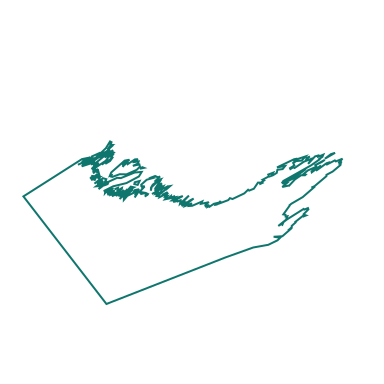 SVG path tracing the border of Qaasuitsup Kommunia, rotated 148°
{"feature_id": "GRL-2743", "entity_name": "Qaasuitsup Kommunia", "entity_type": "state/province", "adm_level": 1, "iso_a3": "GRL", "parent_name": "Greenland", "parent_adm1": "", "projection": "natural_earth1", "projection_center": [-56.716, 74.362], "detail": "fine", "context": "isolated", "style": "outline", "palette": "teal", "viewbox_px": 384, "rotation_deg": 148, "n_neighbors": 0, "source": "natural_earth", "source_scale": "10m", "svg_char_len": 6122}
<svg xmlns="http://www.w3.org/2000/svg" viewBox="0 0 384 384"><g transform="rotate(148 192 192)"><path d="M93.1,159.3L92.3,158.0L81.0,158.4L72.8,156.8L78.6,154.3L68.8,157.0L64.4,155.7L67.5,155.2L60.8,154.1L62.8,152.7L67.6,152.6L65.7,152.1L77.0,151.5L109.4,153.0L108.6,152.7L111.3,152.0L83.2,151.1L99.3,149.8L110.8,151.3L106.8,149.3L112.8,148.4L106.5,146.2L107.1,145.7L98.0,148.1L90.6,148.4L87.3,146.3L86.4,146.5L88.2,148.1L82.3,148.9L72.2,147.4L79.7,146.1L80.0,145.2L68.6,146.2L75.6,144.3L62.7,145.1L61.5,144.8L63.8,143.9L54.1,143.1L53.8,141.7L46.7,140.5L52.6,138.9L48.9,138.6L51.5,137.6L50.9,137.2L51.8,136.2L61.8,134.8L68.9,135.3L69.6,134.2L85.0,132.0L88.4,132.5L84.8,131.5L100.8,129.0L113.9,129.4L117.0,129.0L115.9,128.9L126.4,124.6L124.8,123.1L125.6,121.6L123.9,120.9L125.7,119.6L124.9,118.9L136.8,117.5L133.3,117.4L132.8,116.3L130.3,118.0L126.0,118.4L106.3,118.5L106.1,117.6L102.2,116.9L102.5,115.6L109.2,114.0L109.6,113.1L121.1,111.8L119.5,111.4L125.4,110.4L126.0,109.3L128.9,108.8L128.2,108.3L138.8,106.6L146.5,110.8L141.4,106.5L145.1,105.7L155.3,106.8L169.5,112.5L198.4,118.8L323.9,142.4L337.3,277.6L267.9,278.2L264.4,276.9L267.2,276.3L270.6,275.1L274.3,275.6L270.5,275.0L262.9,276.6L264.1,276.1L259.6,275.4L263.0,275.3L270.7,273.6L265.2,272.7L264.1,273.4L266.6,273.5L261.2,274.7L259.0,273.0L263.2,273.0L262.4,271.7L256.8,272.4L259.5,273.9L258.0,275.2L248.7,273.9L256.4,271.8L241.8,274.8L234.7,278.3L233.9,276.9L236.1,275.3L234.5,274.1L238.8,274.1L236.6,273.1L237.7,272.9L238.4,273.6L239.8,273.7L238.7,273.4L241.2,273.0L238.4,272.7L242.9,271.7L239.0,271.2L250.1,272.5L251.7,271.8L244.3,271.7L240.0,269.8L240.5,269.0L236.8,269.4L238.4,268.9L240.4,268.8L247.5,270.5L243.8,269.1L253.0,270.8L260.5,270.5L267.5,272.8L271.9,272.2L258.1,268.7L263.2,268.9L258.7,268.0L261.0,267.5L260.9,265.8L265.0,264.7L264.2,264.6L255.8,265.8L260.3,267.4L247.5,269.0L246.8,267.5L242.3,267.9L245.9,266.7L238.0,267.8L237.5,267.0L240.7,267.1L248.0,264.5L245.6,264.3L261.0,263.8L262.2,263.5L261.7,261.9L264.0,263.0L264.5,262.2L262.5,261.5L266.0,260.2L259.4,261.3L262.7,258.8L260.4,259.4L261.4,256.1L264.9,256.2L262.4,257.4L266.1,256.9L268.9,259.1L267.6,257.8L269.6,257.0L270.5,258.4L270.4,256.9L265.5,256.2L271.2,255.5L267.7,255.1L268.7,253.3L266.4,255.0L261.0,255.0L263.5,254.0L262.3,253.4L263.9,253.2L263.4,251.6L270.3,250.8L263.3,251.0L264.3,249.1L268.1,249.7L264.0,248.2L270.3,247.6L266.0,245.4L269.6,243.9L259.1,244.9L263.2,244.1L259.4,243.4L257.2,244.9L248.0,243.7L245.0,241.5L230.3,238.9L224.0,235.7L228.8,233.3L242.9,234.3L255.8,238.6L266.4,239.6L264.8,239.0L266.3,237.2L261.6,238.7L257.9,236.8L259.4,236.0L262.7,237.6L264.2,237.1L261.7,235.9L265.0,235.7L260.4,235.6L260.5,234.2L256.8,234.6L258.7,233.5L263.2,234.8L265.1,234.5L262.2,233.5L262.8,232.8L251.4,230.8L259.1,231.6L262.1,230.8L256.2,230.1L258.8,229.1L248.4,229.4L255.6,227.4L254.4,226.2L245.1,228.7L248.1,227.5L248.1,226.2L257.2,224.5L246.4,226.1L240.6,225.5L252.9,223.1L254.0,221.4L248.9,223.0L237.7,221.7L241.4,220.0L241.3,219.0L243.5,217.7L236.7,220.8L236.2,217.3L233.1,216.2L231.5,213.5L234.5,213.2L231.3,213.2L230.4,213.6L231.7,215.7L236.3,219.9L231.0,221.3L232.6,222.6L229.1,221.7L231.8,223.9L231.2,225.1L223.9,226.4L217.5,224.5L218.8,225.9L214.8,225.1L213.1,222.7L214.2,222.6L210.8,222.1L217.3,220.8L216.6,219.4L221.4,219.0L224.5,217.4L226.2,214.9L223.6,217.6L217.2,218.8L213.7,218.0L221.1,214.6L220.4,213.2L223.1,213.1L213.3,212.0L215.2,211.0L227.0,211.5L219.7,211.0L223.5,209.7L221.0,209.0L224.6,207.7L220.6,207.6L223.8,207.0L221.3,205.2L222.0,204.8L212.7,203.9L216.4,202.5L215.4,202.3L218.3,202.4L215.1,201.4L218.8,200.1L209.0,196.4L211.2,196.0L209.2,195.9L210.0,194.9L212.3,195.7L213.5,195.5L210.2,193.7L213.2,193.5L208.4,191.8L209.9,191.6L205.5,191.1L207.6,190.4L206.5,190.4L208.4,188.4L196.5,190.6L206.6,188.0L202.5,187.5L208.3,187.0L201.7,186.2L208.1,185.7L203.6,184.2L204.9,183.7L198.1,182.5L201.7,181.6L199.1,180.2L188.4,178.6L190.6,177.2L185.5,175.3L187.4,174.1L182.9,174.8L187.8,173.6L188.0,172.5L185.7,172.1L186.8,171.1L184.1,170.7L185.9,170.2L179.7,170.4L177.3,169.6L178.8,168.7L177.5,168.2L172.5,169.2L174.4,167.7L165.5,165.9L163.1,166.7L161.4,164.6L148.4,163.1L143.2,164.2L142.8,162.9L137.8,162.0L131.1,165.0L129.6,164.1L129.9,162.7L127.4,162.4L127.8,163.5L124.8,163.6L125.6,165.0L118.4,164.5L118.1,166.4L113.0,165.4L116.4,163.7L114.6,163.3L110.0,163.3L107.8,165.6L103.0,163.4L99.2,164.7L106.9,167.8L88.1,165.7L86.8,165.2L87.8,164.7L76.8,162.0L82.3,160.5L87.2,163.0L90.8,163.0L91.1,160.3L96.3,160.3L96.4,159.3L93.1,159.3ZM250.1,251.4L232.5,254.3L227.9,252.5L237.0,252.0L235.1,251.5L237.5,250.0L232.7,251.7L233.5,250.9L230.8,251.1L231.5,249.7L223.1,249.9L220.4,248.4L226.7,248.7L221.0,246.2L222.7,244.8L228.3,245.5L222.0,243.3L222.7,241.1L227.1,240.1L238.2,241.7L243.9,245.4L251.5,247.0L252.4,247.9L251.3,248.8L253.2,249.2L250.1,251.4ZM259.5,245.6L263.8,245.7L265.4,246.6L262.3,248.0L262.5,250.3L260.3,251.0L257.9,248.3L261.8,245.9L258.1,246.4L259.5,245.6ZM247.4,227.1L241.0,229.0L238.7,226.7L247.4,227.1ZM235.4,230.6L230.6,229.1L234.3,226.8L236.7,229.3L235.4,230.6ZM49.9,149.4L61.7,149.8L54.1,150.5L49.9,149.4ZM216.1,210.2L211.2,209.8L213.7,208.0L220.1,207.3L216.1,210.2ZM66.2,148.7L74.2,149.5L62.3,148.9L66.2,148.7ZM219.7,212.9L216.1,215.7L213.0,215.4L215.5,214.4L213.5,213.9L219.7,212.9ZM239.3,223.9L235.5,222.4L242.9,222.3L239.3,223.9ZM210.1,194.1L206.5,194.7L201.9,193.4L210.1,194.1ZM250.6,261.8L247.6,262.5L240.2,263.7L245.1,261.7L250.6,261.8ZM250.3,231.4L255.4,232.7L249.3,232.5L250.3,231.4ZM204.4,185.6L197.7,185.9L194.1,185.6L202.5,184.8L204.4,185.6ZM212.8,204.8L214.5,204.1L219.1,205.4L212.8,204.8ZM213.3,207.7L209.1,209.3L207.4,208.6L213.3,207.7ZM77.9,159.1L76.6,160.1L73.2,159.7L77.9,159.1ZM211.7,219.4L214.2,218.7L215.8,219.3L214.2,220.2L211.7,219.4ZM239.2,265.6L241.6,264.7L243.1,265.7L240.6,266.6L239.2,265.6ZM208.5,197.6L210.2,197.4L214.9,199.3L212.1,199.7L213.0,198.6L208.5,197.6ZM223.8,239.3L221.0,239.4L219.9,237.9L223.8,239.3ZM247.6,263.4L254.0,263.0L250.8,263.8L247.6,263.4ZM111.2,112.3L108.2,112.3L107.7,111.7L111.2,112.3ZM252.9,234.4L256.2,235.4L252.5,234.8L252.9,234.4Z" fill="none" stroke="#0f766e" stroke-width="2"/></g></svg>